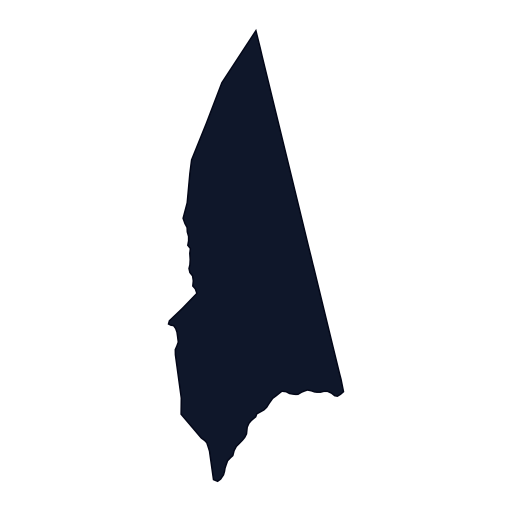 the district of Biritinga, Bahia, Brazil
{"feature_id": "56859067B78935603174134", "entity_name": "Biritinga", "entity_type": "district", "adm_level": 2, "iso_a3": "BRA", "parent_name": "Brazil", "parent_adm1": "Bahia", "projection": "equal_earth", "projection_center": [-38.796, -11.57], "detail": "fine", "context": "isolated", "style": "filled", "palette": "ink", "viewbox_px": 512, "rotation_deg": 0, "n_neighbors": 0, "source": "geoboundaries", "source_scale": "gbopen_adm2", "svg_char_len": 1411}
<svg xmlns="http://www.w3.org/2000/svg" viewBox="0 0 512 512"><path d="M343.5,391.7L341.0,379.2L339.6,373.9L333.0,346.9L331.9,342.4L313.6,267.1L312.8,264.1L310.9,256.1L310.0,252.6L308.0,244.5L292.2,179.5L274.0,105.0L264.8,67.3L262.1,56.2L260.1,47.6L255.9,30.7L221.9,82.7L206.3,123.5L191.6,159.9L189.9,173.3L187.2,202.8L183.1,218.3L185.0,223.6L187.1,227.5L187.3,231.9L188.6,236.4L188.6,240.9L187.8,245.3L190.4,248.5L189.8,253.3L190.2,259.6L189.9,264.8L189.0,268.5L189.9,272.5L192.6,275.9L193.3,280.9L192.8,286.0L195.3,288.8L196.9,293.4L182.3,308.5L169.4,320.8L168.5,324.0L170.9,325.2L173.6,325.6L175.7,328.5L177.0,332.2L177.6,336.5L178.3,342.1L176.9,346.0L175.3,349.6L175.4,354.8L181.3,398.1L181.1,414.2L201.3,438.0L204.7,440.5L206.8,442.7L208.1,446.6L209.5,451.1L213.5,479.6L217.6,481.3L220.6,479.1L223.5,474.8L224.5,471.3L225.0,468.2L226.2,464.6L227.6,460.7L230.6,457.6L232.8,455.6L234.1,450.6L236.3,446.4L239.7,443.0L242.5,440.1L244.7,437.4L246.5,433.9L247.2,427.2L248.9,423.3L251.2,420.6L253.5,418.6L255.7,416.8L256.7,413.9L259.6,412.3L263.9,409.9L266.7,407.2L269.0,403.5L272.6,398.4L276.1,395.8L279.2,393.3L281.9,391.2L286.2,391.7L289.5,393.5L293.0,394.1L295.7,394.4L298.0,394.3L301.5,392.2L304.5,391.0L307.4,390.0L311.4,390.8L314.5,391.9L317.1,392.2L320.5,392.2L323.9,391.3L327.5,391.3L331.6,393.2L334.7,395.7L337.4,396.2L340.5,394.3L343.5,391.7Z" fill="#0f172a" stroke="#020617" stroke-width="1.5"/></svg>